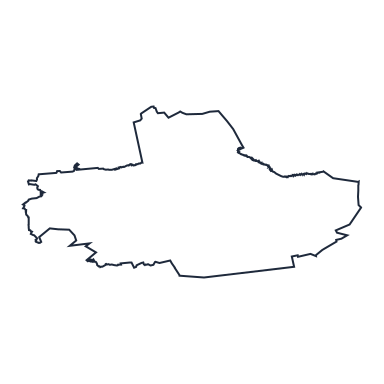 Ropažu pag., Ropazu, Latvia (Robinson projection)
{"feature_id": "27541924B37788999890601", "entity_name": "Ropažu pag.", "entity_type": "district", "adm_level": 2, "iso_a3": "LVA", "parent_name": "Latvia", "parent_adm1": "Ropazu", "projection": "robinson", "projection_center": [24.589, 56.979], "detail": "fine", "context": "isolated", "style": "outline", "palette": "slate", "viewbox_px": 384, "rotation_deg": 0, "n_neighbors": 0, "source": "geoboundaries", "source_scale": "gbopen_adm2", "svg_char_len": 5864}
<svg xmlns="http://www.w3.org/2000/svg" viewBox="0 0 384 384"><path d="M180.2,111.5L178.7,112.5L168.5,117.7L164.2,112.6L157.9,113.2L156.8,111.7L155.5,108.1L154.0,107.9L153.6,106.5L151.2,106.8L141.2,113.5L140.8,114.0L141.7,118.6L140.2,120.4L133.7,122.4L142.4,162.6L141.5,162.5L141.3,162.8L140.1,163.6L139.5,163.6L139.1,163.4L137.8,164.0L137.7,164.2L136.1,164.2L136.0,164.8L135.8,164.9L134.9,165.3L134.2,165.1L133.7,165.5L133.2,165.4L132.6,164.7L131.5,165.3L131.2,164.8L131.4,164.5L131.1,164.1L130.3,164.1L128.8,165.5L128.5,165.5L128.4,165.2L126.9,165.5L124.3,166.9L123.7,167.0L123.3,166.7L121.4,167.4L120.8,166.9L118.7,167.5L119.1,168.4L115.9,169.4L115.6,169.5L115.8,168.6L111.8,169.8L109.0,169.8L108.2,169.5L105.8,169.7L103.6,169.1L103.2,168.6L98.8,168.9L97.8,167.9L77.2,169.8L77.4,169.4L76.5,169.2L76.6,168.9L76.0,169.0L77.2,168.5L76.7,168.4L77.1,168.1L76.3,167.6L76.3,167.3L76.1,167.1L76.1,166.7L78.6,164.6L77.1,163.4L74.8,165.5L74.2,167.4L75.3,168.0L75.0,168.7L74.4,169.2L74.5,169.6L74.0,170.9L72.6,171.6L61.1,172.5L59.8,171.0L57.1,171.1L56.6,172.6L56.3,172.9L38.7,174.3L38.3,176.1L36.9,178.2L37.0,179.5L36.3,181.0L31.4,180.4L31.3,180.6L28.8,180.4L28.7,181.0L28.0,181.4L28.9,184.4L29.9,184.1L34.4,184.8L35.5,184.3L37.9,186.2L37.2,187.9L37.7,189.3L38.6,189.8L40.1,189.9L40.6,191.0L40.7,192.6L41.2,192.7L41.6,192.5L41.5,191.5L41.8,191.3L43.8,192.4L42.4,192.7L42.1,193.0L42.3,193.4L40.7,194.3L40.7,194.5L41.2,195.2L42.0,195.3L41.3,196.3L39.6,196.5L36.6,198.1L31.8,198.6L28.7,199.6L28.3,200.7L25.8,202.7L25.5,202.5L23.0,204.5L24.5,205.3L24.5,205.8L23.1,208.3L24.5,208.5L25.5,209.9L26.1,210.0L25.8,211.4L26.1,211.4L26.0,212.8L26.2,214.6L27.6,215.9L28.3,217.5L28.7,217.5L28.7,224.6L28.5,224.8L28.7,226.5L28.7,227.8L29.0,230.1L30.3,230.3L30.7,231.1L32.0,231.7L31.1,232.9L30.8,233.9L33.0,235.0L34.2,235.3L37.1,238.3L36.7,239.1L35.9,239.7L36.3,240.0L36.2,240.6L35.6,241.1L35.8,241.7L38.0,242.6L38.9,242.7L38.9,242.9L39.8,242.9L41.2,241.9L39.2,237.1L49.8,228.4L58.1,229.3L69.2,229.7L74.5,235.4L76.2,240.5L69.8,245.8L89.5,243.4L85.7,246.3L96.0,252.4L86.6,260.2L87.7,261.2L89.3,260.2L89.7,259.4L92.2,259.9L92.8,259.9L93.4,259.4L93.9,260.3L90.4,259.8L88.8,260.7L89.2,261.1L89.9,260.8L90.6,261.5L91.1,261.4L92.1,261.4L92.3,261.8L94.7,261.7L95.8,261.9L96.3,262.4L96.7,263.3L97.1,264.1L97.1,264.9L97.2,265.1L98.7,266.4L99.1,266.2L100.2,266.7L100.3,267.1L101.3,266.7L102.4,266.7L105.6,264.9L105.7,264.1L106.1,263.9L107.0,264.5L108.6,264.2L109.8,264.8L111.8,264.5L114.1,265.1L117.0,265.5L117.9,265.2L118.0,264.7L121.0,264.6L120.7,263.4L130.0,262.5L131.5,262.5L134.1,267.7L136.1,266.9L136.6,265.3L141.6,262.9L142.5,262.7L143.3,262.5L143.8,264.3L144.9,265.1L145.6,264.5L146.8,264.7L148.0,264.2L150.6,265.5L153.4,264.8L155.0,262.0L155.4,261.8L159.5,263.0L170.2,260.5L171.9,263.5L174.8,267.6L174.7,267.8L179.4,275.0L179.5,275.7L204.0,277.5L294.1,266.8L291.8,256.5L297.7,255.3L298.0,256.8L310.5,253.9L316.0,256.1L315.9,255.2L322.5,249.8L336.5,241.6L336.2,239.9L341.4,238.7L347.2,235.3L337.0,232.7L335.8,230.4L349.6,224.5L361.0,207.7L360.7,207.4L360.8,207.2L358.6,205.1L358.0,196.8L358.3,190.6L358.3,185.3L358.5,184.9L358.7,181.6L358.2,181.9L333.1,178.2L323.5,171.4L323.3,171.7L317.9,172.5L318.1,172.7L317.8,172.7L316.9,173.6L316.2,173.5L316.2,173.8L314.3,174.1L314.3,174.3L313.2,174.1L312.0,174.3L311.8,174.2L311.7,174.4L311.4,174.3L311.5,174.1L311.0,174.3L310.7,174.2L310.6,173.9L308.8,174.0L307.8,173.5L307.4,173.7L306.8,173.7L306.7,173.5L306.4,173.9L306.0,173.5L305.5,173.7L305.1,173.5L304.8,174.0L303.8,173.9L303.8,174.3L303.5,174.0L303.0,174.1L302.8,174.5L302.7,174.3L301.4,174.4L301.3,174.2L301.1,174.5L300.8,174.4L300.9,174.6L300.5,174.8L300.3,174.6L300.1,174.9L299.6,174.5L298.1,174.9L297.7,174.7L297.2,174.6L297.1,174.8L296.7,174.6L296.5,175.0L296.2,174.9L296.4,175.1L296.0,175.1L296.0,174.9L295.6,175.0L294.8,174.8L294.8,175.1L294.4,175.2L293.7,175.1L293.9,175.4L293.2,175.2L293.0,175.3L293.0,175.5L292.7,175.2L292.4,175.5L291.4,175.7L291.4,176.0L290.7,175.8L290.4,176.1L290.1,176.1L288.8,175.9L288.5,176.1L288.5,176.3L287.8,176.4L287.5,176.6L287.3,176.7L287.4,177.0L286.7,176.9L286.9,176.6L286.7,176.5L285.9,176.5L285.7,176.6L285.8,176.9L285.3,176.7L284.9,176.4L284.2,176.8L283.6,176.7L283.2,176.8L281.3,176.2L276.1,173.6L274.3,172.1L272.8,171.6L272.5,171.1L271.5,171.0L271.6,170.6L270.9,170.9L270.8,170.7L271.2,170.4L271.3,169.9L271.0,170.1L270.7,169.9L270.5,170.3L270.1,169.9L270.3,169.6L269.8,169.3L270.2,168.3L270.6,168.5L270.4,168.2L269.7,168.0L269.6,167.5L269.4,167.3L269.6,167.3L269.2,167.2L269.1,166.8L268.9,166.9L269.0,166.7L268.8,166.6L269.0,166.5L268.4,166.0L268.6,165.9L268.3,165.6L268.4,165.4L266.4,165.0L266.5,164.8L266.3,164.7L266.6,164.4L265.9,164.6L264.0,164.6L263.7,164.1L263.2,164.2L263.1,163.9L263.2,163.7L262.6,163.4L262.4,163.5L262.4,163.9L261.4,163.8L261.0,163.4L260.7,163.1L260.8,162.9L260.4,163.0L259.8,162.2L259.8,162.5L259.5,162.4L259.7,162.6L259.4,162.6L259.3,162.3L259.4,162.1L259.1,162.0L259.1,161.8L258.7,161.9L258.7,161.6L258.2,161.3L257.9,161.3L257.8,161.2L258.4,161.2L258.5,160.8L257.7,160.9L257.6,160.5L257.5,161.0L257.2,161.1L256.4,161.0L256.0,160.3L255.3,160.9L254.7,160.6L254.7,160.3L253.7,160.5L253.1,160.2L253.2,159.9L252.9,159.7L252.4,159.9L252.1,159.6L252.7,159.2L251.9,158.8L252.6,158.5L252.3,158.2L252.1,158.6L251.6,158.2L251.1,158.2L251.0,157.6L250.4,157.6L248.9,156.9L247.7,157.0L247.0,156.1L246.7,156.4L246.4,156.2L246.3,155.7L245.9,155.9L245.2,155.4L244.8,155.7L244.3,155.5L244.4,155.4L244.1,155.4L244.0,155.1L243.7,155.1L242.7,154.6L242.2,154.7L241.2,154.1L240.8,154.1L240.5,153.7L239.1,153.1L239.1,152.8L238.5,152.6L238.9,152.0L238.0,151.9L238.3,151.0L237.8,150.5L239.3,149.7L238.0,149.6L238.0,148.9L238.8,148.1L240.4,147.6L241.2,148.1L242.5,148.2L243.5,147.7L242.1,145.4L233.2,129.1L227.1,121.2L218.5,111.1L209.8,111.7L202.3,113.9L186.4,114.3L182.4,112.8L180.2,111.5Z" fill="none" stroke="#1e293b" stroke-width="2"/></svg>